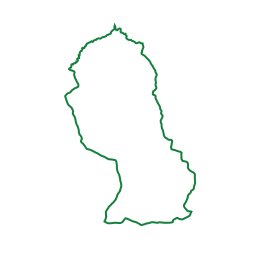 outline of Córdoba, Quindío, Colombia, rotated 75°
{"feature_id": "7082276B37877063835041", "entity_name": "Córdoba", "entity_type": "district", "adm_level": 2, "iso_a3": "COL", "parent_name": "Colombia", "parent_adm1": "Quindío", "projection": "mercator", "projection_center": [-75.669, 4.396], "detail": "fine", "context": "isolated", "style": "outline", "palette": "green", "viewbox_px": 256, "rotation_deg": 75, "n_neighbors": 0, "source": "geoboundaries", "source_scale": "gbopen_adm2", "svg_char_len": 5700}
<svg xmlns="http://www.w3.org/2000/svg" viewBox="0 0 256 256"><g transform="rotate(75 128 128)"><path d="M225.3,88.4L225.0,88.8L224.5,89.8L224.1,91.3L223.9,91.6L223.2,92.1L221.6,92.9L220.0,93.7L218.7,94.1L217.8,94.1L217.0,93.9L216.7,93.7L215.6,92.4L213.3,90.3L211.2,88.7L208.7,87.4L208.1,86.9L207.6,86.0L207.2,85.1L206.6,84.2L205.3,83.4L204.9,82.9L204.7,82.0L204.4,81.2L203.8,80.4L203.3,80.0L202.4,79.8L199.1,77.7L197.5,77.1L193.4,76.4L190.6,75.5L189.4,75.5L188.0,76.3L186.3,78.1L185.1,79.2L183.6,80.0L182.7,80.4L181.3,80.3L179.3,79.6L177.8,79.3L176.3,79.7L175.4,80.8L174.2,83.2L173.6,84.0L172.4,84.1L171.5,84.4L168.8,83.6L167.0,83.3L166.1,82.7L165.7,82.7L165.1,83.1L164.4,83.8L164.0,84.8L161.2,88.9L160.2,91.0L159.8,91.4L159.3,91.5L158.4,91.3L157.8,91.4L157.1,91.3L155.9,90.4L155.4,90.2L154.6,90.0L154.1,89.8L153.6,89.3L152.7,88.9L151.9,88.7L151.3,88.8L150.9,89.1L150.6,89.5L150.0,91.5L149.7,92.0L148.3,93.0L147.0,94.4L146.5,94.7L145.7,95.0L144.5,95.2L143.2,95.1L142.2,95.0L140.5,95.0L139.4,94.9L137.8,95.2L136.0,95.2L133.9,94.9L132.7,94.5L132.3,94.6L131.8,94.8L131.1,94.8L130.0,94.7L129.3,94.5L126.6,92.1L125.6,91.6L125.1,91.4L124.7,91.4L124.2,91.6L123.5,92.0L123.0,92.2L122.5,92.3L122.1,92.2L121.7,92.0L121.0,91.5L120.6,91.3L120.1,91.3L119.6,91.4L118.8,91.8L118.2,91.9L115.6,91.7L113.6,92.1L112.1,92.6L110.4,93.0L108.9,93.2L106.6,93.7L106.1,93.7L105.5,93.5L104.8,93.2L104.5,93.1L103.8,93.2L103.5,93.4L102.6,94.7L102.1,95.2L101.5,95.3L101.0,95.1L99.9,94.4L99.6,94.3L99.2,94.3L98.2,92.0L97.0,90.4L96.6,90.2L96.1,90.1L94.1,90.3L93.4,90.2L92.7,90.0L91.5,89.3L91.0,89.2L88.8,89.1L88.0,88.9L86.6,88.3L86.0,87.9L85.0,87.1L84.3,86.6L83.7,86.4L83.2,86.4L81.2,87.0L79.6,86.8L79.1,86.9L77.2,87.6L74.8,88.1L71.6,89.3L70.1,89.4L69.2,89.6L63.7,92.6L62.3,93.5L60.4,95.3L59.9,95.6L59.5,95.7L59.1,95.6L58.2,94.8L57.5,94.7L57.1,94.5L56.3,93.8L55.5,93.4L54.0,92.2L53.0,92.1L51.2,92.2L50.6,92.1L50.1,92.0L49.4,93.7L48.1,94.8L48.0,95.1L48.3,96.6L48.4,97.3L48.2,98.1L48.0,98.5L47.4,98.9L46.9,99.1L45.4,100.5L45.3,101.0L45.1,101.4L44.7,101.8L43.6,102.3L43.5,102.5L43.5,103.1L43.3,103.9L42.8,104.8L42.2,105.4L41.2,106.1L40.7,106.3L40.2,106.3L39.9,106.2L39.2,105.6L38.8,105.5L38.4,105.6L37.6,106.2L37.4,106.3L36.6,106.0L36.3,106.1L36.1,106.5L36.1,107.6L35.8,107.9L34.6,108.7L34.4,109.0L34.2,109.6L33.9,110.1L33.6,110.2L33.2,110.3L31.0,109.5L30.6,109.5L30.3,109.6L29.7,110.3L29.6,110.8L29.8,111.5L30.6,112.7L30.7,113.2L30.7,113.5L30.4,113.9L29.7,114.2L28.8,114.3L26.8,114.1L25.5,114.3L26.3,114.8L27.7,115.1L28.4,115.4L29.0,115.8L30.2,118.4L30.5,118.9L31.3,119.8L31.6,120.0L32.2,120.1L32.4,120.4L32.5,121.5L32.8,122.7L32.8,123.9L32.9,124.4L33.5,125.4L33.8,126.5L33.9,127.8L33.7,128.9L33.8,129.5L34.5,131.2L34.4,131.9L33.8,133.1L33.9,134.1L33.9,135.0L34.0,135.3L34.6,135.9L34.6,136.0L34.4,136.8L34.6,138.2L35.0,138.8L35.5,139.3L35.6,139.5L35.6,140.0L34.8,140.7L34.9,141.1L35.5,142.5L35.3,143.2L35.6,144.3L35.7,145.2L35.9,145.7L36.2,146.1L36.6,146.3L36.9,147.0L37.7,147.4L38.0,148.2L38.2,148.5L39.3,149.4L39.5,149.6L39.5,150.1L39.4,150.3L39.0,150.6L38.9,150.7L39.2,151.1L39.2,151.7L39.6,151.8L40.0,151.8L40.9,152.3L41.5,152.8L41.5,153.7L42.5,154.9L43.1,155.1L43.7,155.5L45.1,155.8L45.3,156.2L45.2,156.3L44.8,156.4L44.7,156.5L44.8,156.7L44.9,156.8L45.6,157.0L46.5,156.7L47.1,157.4L47.3,157.4L47.6,157.1L47.8,157.1L47.9,157.3L47.8,157.9L48.1,158.5L47.9,158.9L48.1,159.2L48.4,159.3L48.7,159.1L49.2,158.9L49.8,159.0L50.0,159.1L50.7,159.8L50.8,160.1L50.4,160.6L50.4,160.9L51.1,161.3L51.6,161.7L51.7,161.9L51.7,162.4L51.5,163.5L51.7,164.0L52.2,164.3L52.4,164.5L52.3,164.8L51.9,165.4L52.0,165.9L52.2,166.2L52.5,166.4L54.0,166.9L54.7,167.3L55.4,169.4L55.7,169.6L56.1,169.7L56.4,169.5L57.6,168.0L57.8,167.8L57.9,167.2L58.8,166.2L59.6,165.3L60.5,165.2L62.3,166.2L63.5,166.3L64.9,166.2L66.2,166.2L68.0,165.7L69.5,165.6L71.2,165.1L72.7,164.7L73.3,164.8L74.5,165.0L75.2,165.4L75.4,165.8L75.9,169.3L77.0,172.1L77.4,172.9L78.3,174.0L78.7,175.1L79.0,177.2L79.3,178.1L80.1,179.4L80.6,180.1L80.9,180.4L81.2,180.5L84.0,180.3L86.6,180.2L88.3,180.0L89.6,179.8L91.4,178.9L92.2,178.3L93.6,177.4L94.4,177.1L96.8,176.7L97.8,176.7L99.6,177.6L100.2,177.6L103.3,176.7L105.4,176.5L108.7,176.8L110.4,176.8L111.8,176.6L113.3,176.2L115.5,176.1L116.9,176.1L119.5,176.5L121.1,176.5L122.0,176.4L122.8,175.9L124.2,175.4L125.2,175.3L126.2,175.3L126.9,175.7L127.9,176.4L128.8,176.9L129.3,176.8L130.0,176.5L131.7,175.4L133.3,174.7L136.2,173.8L136.9,173.5L137.5,173.1L137.9,172.6L138.7,171.0L140.1,169.1L143.0,165.9L144.7,163.9L148.0,160.8L149.6,158.4L152.9,155.1L153.4,154.3L153.8,152.8L155.5,149.0L155.8,148.6L156.7,148.2L157.7,148.0L159.1,148.1L160.8,148.4L164.6,149.2L166.2,149.3L167.8,149.3L168.8,149.1L170.5,148.7L171.6,148.6L175.1,148.8L177.6,149.1L179.2,149.0L180.4,149.1L182.5,149.5L186.9,152.2L189.5,155.3L190.2,155.8L191.6,156.6L193.8,158.3L196.1,161.4L196.7,162.7L198.3,165.2L198.9,166.6L199.6,167.2L200.4,168.1L202.4,170.4L203.5,171.1L204.7,171.4L206.8,171.9L208.0,172.0L208.9,172.4L210.1,173.2L212.2,174.9L213.0,174.0L213.9,173.2L214.7,172.2L215.3,170.5L215.7,168.3L215.9,166.3L216.7,163.2L217.6,161.2L217.7,160.4L217.7,158.5L217.4,157.8L217.0,157.1L214.8,154.3L214.6,153.8L214.7,153.3L216.1,151.4L219.3,147.6L221.1,144.5L223.0,142.4L225.0,140.5L225.2,139.9L225.2,138.2L225.3,137.7L225.3,136.8L225.0,136.0L225.2,133.5L225.2,129.6L225.4,128.4L227.2,124.1L227.2,122.4L227.3,121.8L228.5,118.7L229.5,115.6L229.5,115.2L229.9,113.8L230.4,111.6L230.5,109.9L230.5,109.4L230.3,109.0L229.2,108.6L228.8,108.2L228.4,107.7L228.1,106.5L227.8,105.4L227.6,104.2L227.7,103.7L228.0,103.1L228.8,102.4L230.0,100.3L230.2,99.8L230.4,99.1L230.3,98.6L229.6,94.9L228.9,91.8L228.6,91.1L228.2,90.7L226.1,89.1L225.3,88.4Z" fill="none" stroke="#15803d" stroke-width="2"/></g></svg>